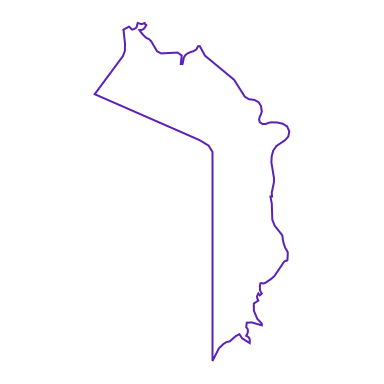 the Province of Mindoro Oriental
{"feature_id": "PHL-2571", "entity_name": "Mindoro Oriental", "entity_type": "Province", "adm_level": 1, "iso_a3": "PHL", "parent_name": "Philippines", "parent_adm1": "", "projection": "mercator", "projection_center": [121.298, 12.875], "detail": "fine", "context": "isolated", "style": "outline", "palette": "violet", "viewbox_px": 384, "rotation_deg": 0, "n_neighbors": 0, "source": "natural_earth", "source_scale": "10m", "svg_char_len": 1650}
<svg xmlns="http://www.w3.org/2000/svg" viewBox="0 0 384 384"><path d="M123.4,29.7L129.0,26.6L132.2,29.6L134.4,28.9L136.4,27.6L137.7,23.0L141.3,24.1L142.5,23.9L144.6,23.0L144.9,24.0L146.3,25.0L145.1,27.2L143.7,28.9L141.8,29.9L139.4,30.1L141.0,32.4L143.5,35.3L146.4,38.0L149.0,39.1L151.2,41.3L157.0,51.2L161.0,53.4L177.6,52.6L181.7,55.5L180.8,64.0L182.5,64.0L183.0,62.3L183.6,58.4L184.2,56.9L185.3,55.3L185.7,54.8L187.6,53.4L190.2,52.2L193.4,51.2L196.3,49.5L198.1,46.2L199.8,46.2L205.0,55.7L234.1,79.8L244.8,96.7L248.8,99.2L254.3,99.9L258.5,102.1L261.0,106.0L261.8,111.6L261.0,114.2L259.7,117.0L259.0,119.7L259.9,122.3L262.7,124.1L265.6,124.0L268.4,122.9L271.2,122.3L277.1,122.5L282.7,123.7L287.1,126.4L289.3,131.3L288.3,136.6L285.0,140.2L276.4,146.0L273.3,150.5L271.7,156.2L271.4,162.4L274.0,178.2L273.9,182.4L271.7,193.0L272.1,196.5L270.4,196.5L271.8,203.6L272.3,219.7L274.7,225.7L281.6,234.4L282.5,236.2L282.8,239.4L283.7,243.5L285.1,247.6L287.6,251.8L287.8,253.6L287.4,260.2L286.7,260.8L285.6,260.8L284.1,261.7L274.3,276.2L271.3,278.8L265.1,283.0L263.1,283.5L261.5,283.1L260.3,283.3L259.9,285.7L260.0,289.9L260.6,291.7L261.8,293.5L259.9,295.4L258.3,293.5L257.4,295.3L257.0,296.6L257.2,298.1L258.3,300.6L253.8,303.5L253.9,310.8L257.2,318.7L261.8,323.6L261.8,325.3L251.6,322.4L246.8,322.7L246.2,327.2L247.6,328.9L248.0,331.0L247.5,333.4L246.2,335.8L248.4,337.0L249.4,338.4L249.8,340.3L249.7,343.1L242.2,338.4L239.4,334.2L235.8,336.1L229.8,341.3L226.5,342.1L223.5,343.9L218.9,348.3L212.5,361.0L212.5,152.0L208.6,145.6L199.3,140.0L94.7,94.2L123.0,56.0L124.9,50.8L125.0,44.0L123.7,31.3L123.4,29.7Z" fill="none" stroke="#5b21b6" stroke-width="2"/></svg>